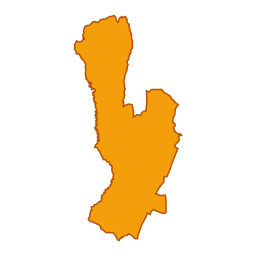 Akatsi South, Volta, Ghana
{"feature_id": "2480657B79730913179219", "entity_name": "Akatsi South", "entity_type": "district", "adm_level": 2, "iso_a3": "GHA", "parent_name": "Ghana", "parent_adm1": "Volta", "projection": "robinson", "projection_center": [0.754, 6.154], "detail": "fine", "context": "isolated", "style": "filled", "palette": "amber", "viewbox_px": 256, "rotation_deg": 0, "n_neighbors": 0, "source": "geoboundaries", "source_scale": "gbopen_adm2", "svg_char_len": 5689}
<svg xmlns="http://www.w3.org/2000/svg" viewBox="0 0 256 256"><path d="M178.3,104.6L175.3,102.6L174.2,101.1L171.8,98.9L170.4,96.5L169.0,95.2L163.8,92.3L162.8,90.5L161.6,89.5L151.6,89.5L148.5,92.1L148.2,91.6L146.5,90.8L146.8,102.9L146.0,109.4L146.1,110.9L143.5,111.3L141.8,112.7L140.7,115.5L137.1,114.7L133.3,116.9L133.6,112.5L132.2,104.9L131.7,104.5L128.1,104.1L124.9,105.5L123.5,106.7L123.3,105.8L123.6,105.5L123.6,103.9L123.3,103.7L123.8,102.7L123.5,101.5L122.9,101.5L122.7,100.6L123.8,98.8L124.2,96.4L124.7,95.3L124.2,94.0L124.6,93.1L124.1,92.4L124.1,91.4L124.4,91.0L124.2,90.5L125.1,89.4L125.2,88.6L124.6,87.4L124.6,86.7L124.2,86.0L124.7,84.3L124.1,83.3L124.0,81.9L123.6,81.7L124.0,80.5L124.0,79.3L124.4,78.8L124.9,77.3L124.6,76.6L124.7,75.4L125.6,73.9L126.2,71.5L126.9,70.8L127.0,69.1L126.7,68.9L127.2,68.2L127.1,67.3L128.1,64.6L127.2,63.3L127.2,60.9L127.7,60.1L128.3,60.0L128.7,59.5L128.6,57.8L129.2,56.9L129.0,56.0L129.5,55.3L129.4,54.7L130.3,54.0L130.2,52.9L130.9,52.7L130.9,49.7L131.6,48.7L132.3,48.5L132.6,46.5L132.3,45.8L132.4,43.5L132.1,43.0L132.5,42.2L132.6,41.0L132.1,40.7L131.9,39.3L131.4,38.8L131.6,36.9L131.2,35.3L131.4,34.7L131.1,33.1L130.6,32.9L130.1,30.0L129.6,29.4L129.8,28.7L129.3,27.7L129.4,26.7L128.8,25.7L129.2,24.9L128.7,24.7L128.8,24.0L127.7,23.4L127.4,22.8L127.0,21.5L127.1,20.0L126.3,17.6L125.2,16.7L123.0,17.2L122.2,17.8L121.9,16.6L120.1,17.6L119.2,18.6L118.5,21.4L117.8,22.1L116.6,20.6L115.5,17.0L113.8,15.4L112.4,16.3L109.8,16.5L104.9,19.1L102.5,19.1L100.0,20.3L99.1,21.7L98.1,22.4L96.5,22.2L95.7,21.7L93.2,21.7L90.0,24.8L88.5,25.5L87.1,25.4L86.5,26.3L85.4,26.1L84.9,26.7L83.5,30.8L83.9,32.0L83.8,33.3L83.6,33.9L82.9,34.5L82.8,35.6L83.2,36.9L83.7,37.4L84.3,38.8L83.3,38.3L83.5,38.9L82.6,40.3L80.8,41.9L79.9,42.3L78.8,41.7L77.8,41.7L76.8,40.8L74.6,44.6L74.9,46.7L74.5,49.4L76.3,51.4L76.0,52.9L76.4,53.7L77.7,54.0L78.6,53.7L79.1,54.1L79.3,54.7L79.9,55.1L80.8,57.5L81.6,58.7L83.6,60.5L85.3,63.5L85.8,65.1L85.2,67.1L85.7,69.0L85.7,72.3L85.4,72.7L85.3,73.7L86.0,77.7L86.3,78.1L86.1,78.7L86.6,79.0L86.6,79.6L87.4,80.1L89.3,83.7L89.7,83.7L90.1,83.3L89.7,83.0L89.9,82.6L90.0,83.0L90.6,83.2L90.4,83.7L91.0,83.3L91.1,82.8L91.5,82.9L91.1,83.7L91.2,84.5L90.7,84.6L90.6,85.2L89.9,84.5L90.0,84.7L89.2,85.5L89.2,86.3L89.5,86.9L90.2,87.1L90.2,87.6L90.5,86.7L90.9,87.1L91.2,87.0L91.7,89.0L92.2,88.2L92.9,89.3L93.5,88.9L94.7,89.0L95.2,90.8L95.2,91.5L94.5,92.2L94.0,91.9L94.0,91.6L93.5,91.6L93.1,92.5L92.8,92.6L92.7,93.7L93.1,94.6L92.9,95.1L93.1,95.3L93.3,95.1L93.5,95.6L94.2,95.4L94.5,96.7L94.4,97.3L93.9,97.5L93.9,98.1L93.3,98.5L94.2,100.1L94.0,101.3L94.6,101.2L95.1,103.5L95.8,103.0L96.1,103.7L95.1,103.9L95.1,105.6L95.7,106.6L95.8,107.7L95.6,108.0L96.1,108.1L96.8,109.9L96.4,111.0L96.0,110.8L95.3,111.7L95.6,112.0L96.7,111.6L97.0,112.0L96.7,112.4L96.8,112.8L96.1,113.2L96.8,113.7L97.0,114.4L96.6,114.9L96.3,114.2L95.9,114.2L95.2,115.6L95.6,115.9L96.1,115.7L96.5,116.2L95.8,117.5L96.8,117.2L96.2,117.8L96.8,118.0L96.8,118.5L97.1,118.5L97.0,119.0L96.6,118.7L96.5,118.9L96.6,119.5L97.0,120.0L96.3,120.3L96.6,121.1L95.9,121.0L96.2,122.6L95.9,123.5L96.4,123.8L96.4,124.4L96.8,124.5L95.9,125.2L96.6,125.8L95.5,127.0L95.3,128.0L95.0,127.8L95.0,128.6L95.2,128.8L95.9,128.6L96.0,128.9L96.6,128.6L96.8,129.0L96.3,129.9L96.8,130.0L96.4,130.3L96.8,130.5L96.5,130.9L97.2,131.4L97.2,132.1L97.5,131.8L98.1,132.2L97.8,132.6L98.1,133.1L97.6,133.1L97.8,133.6L98.2,133.5L98.6,134.2L98.3,134.7L97.8,134.7L98.7,135.6L98.6,136.0L98.1,136.0L97.9,136.3L98.6,136.7L98.5,137.3L97.8,137.3L97.9,137.7L97.5,137.9L98.4,138.6L97.6,138.9L98.3,138.9L98.6,139.4L98.1,139.6L98.5,139.9L97.8,140.5L98.8,140.7L98.5,141.0L97.9,140.9L97.9,141.2L98.3,141.3L96.4,144.3L95.7,144.7L94.7,147.5L96.2,147.4L97.3,147.9L98.5,150.3L100.0,152.2L101.8,156.5L102.7,157.2L102.6,158.2L103.1,159.0L104.0,159.9L105.2,159.4L106.4,160.7L106.9,161.7L109.5,162.3L109.4,163.8L109.9,164.6L111.1,164.9L111.3,166.2L112.0,166.5L112.2,167.8L111.7,168.2L112.1,169.7L111.9,170.7L112.7,173.1L113.5,173.9L113.5,174.7L113.1,177.0L113.2,179.0L112.7,178.9L112.8,179.5L112.2,179.6L111.4,180.5L111.7,180.8L111.5,181.5L112.0,181.5L112.1,182.1L111.9,182.3L111.1,182.0L111.4,184.3L110.9,185.0L110.2,185.0L110.1,185.3L110.4,185.8L110.1,186.5L109.0,187.1L108.4,188.4L108.0,188.1L107.5,188.2L107.7,188.9L107.2,189.0L107.0,189.5L105.6,189.5L105.1,190.1L105.4,191.6L104.8,192.3L104.8,193.0L104.4,193.4L104.0,192.7L103.6,193.7L102.0,195.5L101.5,195.7L102.1,197.7L101.4,198.0L101.3,198.6L101.8,198.9L101.9,199.6L100.9,201.4L99.5,201.5L98.5,202.6L97.8,202.8L96.5,204.4L95.2,204.4L94.2,205.0L94.3,205.6L93.7,206.5L91.4,206.8L91.6,210.2L91.1,210.4L90.8,211.0L91.0,211.8L90.2,212.7L89.8,214.2L90.0,216.2L88.4,218.4L88.4,219.3L89.1,220.6L90.9,221.6L92.6,221.7L93.5,222.5L96.1,223.4L97.6,224.4L98.8,224.6L99.4,225.0L100.9,227.5L100.8,228.6L103.4,230.2L105.1,231.9L106.3,232.7L109.0,232.5L111.8,232.9L113.2,232.7L115.2,235.2L117.7,239.8L118.8,240.6L119.1,240.6L119.4,239.7L120.7,238.0L121.2,238.2L121.7,237.0L122.8,237.5L123.2,236.6L124.6,235.7L126.6,235.5L128.4,234.4L128.5,234.0L130.9,234.9L132.0,235.9L132.3,235.9L132.4,236.3L135.3,238.7L137.7,238.6L137.7,235.9L141.8,224.6L146.3,216.2L147.1,213.2L150.4,214.4L150.9,211.7L153.1,209.7L162.1,213.2L164.9,213.2L166.1,212.2L166.0,201.7L165.4,195.2L163.7,195.0L161.7,195.5L159.6,195.6L157.6,194.1L155.8,193.9L157.8,189.9L160.4,186.0L163.7,182.2L164.2,176.6L166.9,176.7L170.4,168.6L171.1,165.7L177.8,148.5L175.1,146.8L174.6,145.6L179.0,140.6L179.2,138.7L178.4,136.4L179.3,135.7L181.5,135.4L180.6,134.0L179.1,134.3L176.6,132.9L174.5,131.1L174.5,129.3L173.6,128.6L173.5,127.4L175.3,125.8L174.7,123.3L172.7,122.6L173.2,117.5L174.7,115.2L175.4,108.7L178.3,104.6Z" fill="#f59e0b" stroke="#b45309" stroke-width="1.5"/></svg>